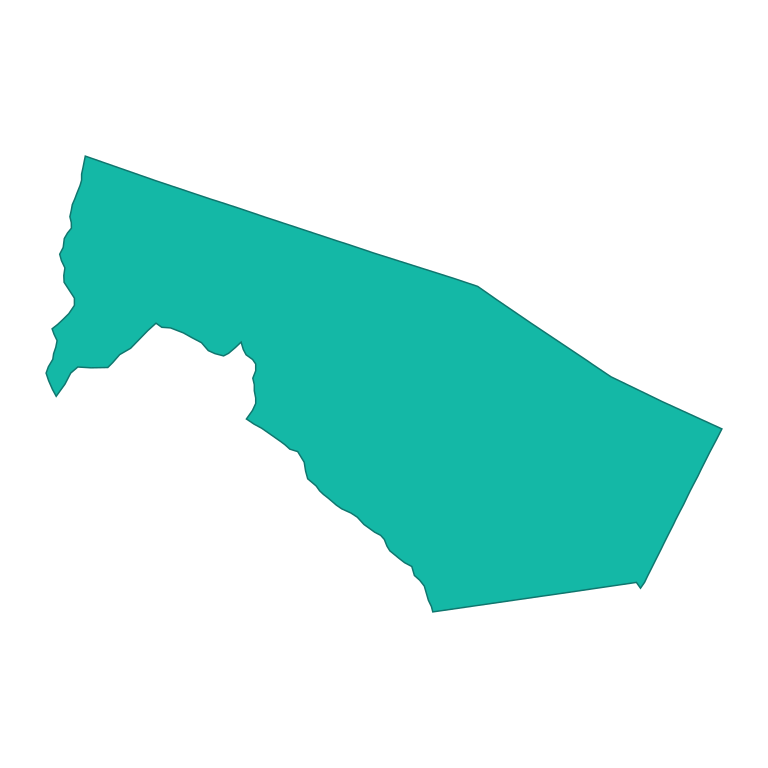 São José da Tapera, Alagoas, Brazil
{"feature_id": "56859067B81495136309648", "entity_name": "São José da Tapera", "entity_type": "district", "adm_level": 2, "iso_a3": "BRA", "parent_name": "Brazil", "parent_adm1": "Alagoas", "projection": "albers", "projection_center": [-37.538, -9.529], "detail": "fine", "context": "isolated", "style": "filled", "palette": "teal", "viewbox_px": 768, "rotation_deg": 0, "n_neighbors": 0, "source": "geoboundaries", "source_scale": "gbopen_adm2", "svg_char_len": 1854}
<svg xmlns="http://www.w3.org/2000/svg" viewBox="0 0 768 768"><path d="M477.7,286.4L452.9,278.1L447.5,276.4L373.0,252.8L349.9,245.0L336.5,240.7L303.3,229.7L264.4,216.9L240.0,208.6L216.7,201.0L210.9,199.2L155.4,180.6L85.3,156.1L84.1,162.0L83.0,167.6L81.6,174.1L81.6,180.1L80.1,185.4L76.9,193.3L74.8,198.9L72.3,204.6L71.3,210.2L69.9,216.7L71.3,222.6L71.4,228.2L67.5,233.0L64.3,238.5L63.2,247.4L59.7,254.2L61.4,260.5L64.9,267.9L63.8,275.5L64.1,282.3L69.4,290.4L74.4,298.1L74.4,305.4L68.8,313.7L62.5,319.9L57.7,324.4L52.1,328.8L54.1,334.4L57.1,340.6L55.8,347.2L53.6,353.7L52.8,359.3L48.4,366.7L46.1,373.1L48.6,380.6L52.5,389.5L56.2,396.3L65.0,384.1L70.7,373.1L77.8,367.0L91.0,367.8L107.8,367.5L112.8,362.5L119.7,354.6L130.6,348.3L147.8,330.6L156.0,323.2L161.8,327.3L170.5,327.9L183.4,332.9L191.8,337.6L201.5,342.7L208.3,350.6L214.9,353.6L223.6,355.9L228.6,353.3L235.3,347.6L241.1,342.1L243.3,349.5L246.1,354.8L252.6,359.5L255.7,364.0L255.7,370.8L252.8,378.2L254.3,384.7L254.3,390.8L255.7,398.0L255.7,403.5L252.5,410.4L246.4,419.0L254.3,424.3L261.6,428.2L280.2,441.2L284.9,444.7L289.9,449.2L297.7,451.6L304.2,462.2L305.6,471.1L307.7,478.8L316.2,486.0L319.6,490.8L323.4,494.4L328.4,498.3L336.3,505.1L341.8,508.9L350.9,513.0L357.3,517.2L364.0,524.5L374.8,532.3L380.6,535.3L384.3,539.4L387.0,546.2L389.9,550.9L399.2,558.5L404.6,562.7L411.8,566.5L414.4,575.5L419.7,580.2L424.3,586.1L428.4,600.3L431.4,606.5L432.8,611.9L541.6,596.2L550.3,595.0L636.4,582.4L640.5,588.2L644.6,582.3L647.7,575.8L650.4,570.5L655.0,561.3L661.2,549.0L663.8,543.6L667.9,535.4L673.4,524.6L675.7,519.7L679.8,511.7L683.6,504.5L687.8,495.7L690.3,490.6L693.2,485.0L697.9,476.1L701.4,468.8L705.9,459.9L709.6,452.5L716.6,439.3L721.9,428.9L662.0,401.5L656.9,399.0L610.8,376.7L592.4,364.3L587.4,360.8L531.1,323.2L497.4,300.2L477.7,286.4Z" fill="#14b8a6" stroke="#0f766e" stroke-width="1.5"/></svg>